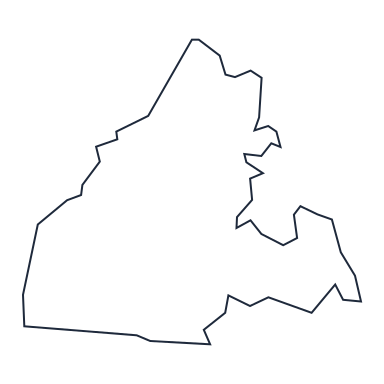 the district of Larue, Kentucky, United States of America
{"feature_id": "52423323B54647754041749", "entity_name": "Larue", "entity_type": "district", "adm_level": 2, "iso_a3": "USA", "parent_name": "United States of America", "parent_adm1": "Kentucky", "projection": "natural_earth1", "projection_center": [-85.644, 37.577], "detail": "fine", "context": "isolated", "style": "outline", "palette": "slate", "viewbox_px": 384, "rotation_deg": 0, "n_neighbors": 0, "source": "geoboundaries", "source_scale": "gbopen_adm2", "svg_char_len": 782}
<svg xmlns="http://www.w3.org/2000/svg" viewBox="0 0 384 384"><path d="M24.3,326.3L136.7,335.3L150.2,341.0L210.1,344.3L203.8,329.8L225.2,312.8L228.4,295.4L250.0,306.0L268.4,297.3L311.6,312.8L335.2,284.5L343.1,299.8L361.0,301.5L355.0,275.7L340.8,252.3L331.9,219.5L317.5,214.4L300.4,206.2L293.9,214.7L297.1,238.0L283.2,245.2L261.4,234.0L250.5,220.3L236.5,228.0L237.0,217.1L252.1,199.9L250.1,178.6L262.9,173.2L246.4,162.3L244.3,154.0L261.3,156.0L271.3,143.3L280.5,147.0L276.4,131.6L268.2,126.0L254.5,130.4L259.1,117.4L261.6,77.8L250.6,70.6L235.0,77.1L225.5,74.6L219.7,55.6L198.8,39.7L191.9,39.7L184.6,52.4L148.2,115.9L116.3,131.6L117.3,139.3L96.1,146.7L99.8,161.6L82.4,184.9L81.1,195.0L67.1,200.2L37.8,224.5L23.0,294.8L24.3,326.3Z" fill="none" stroke="#1e293b" stroke-width="2"/></svg>